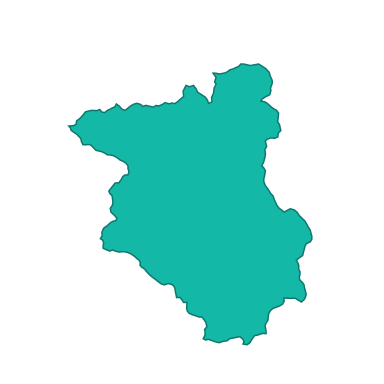 Monte Santo de Minas, Minas Gerais, Brazil (Albers equal-area conic projection), rotated 104°
{"feature_id": "56859067B96658900686758", "entity_name": "Monte Santo de Minas", "entity_type": "district", "adm_level": 2, "iso_a3": "BRA", "parent_name": "Brazil", "parent_adm1": "Minas Gerais", "projection": "albers", "projection_center": [-46.948, -21.205], "detail": "fine", "context": "isolated", "style": "filled", "palette": "teal", "viewbox_px": 384, "rotation_deg": 104, "n_neighbors": 0, "source": "geoboundaries", "source_scale": "gbopen_adm2", "svg_char_len": 3663}
<svg xmlns="http://www.w3.org/2000/svg" viewBox="0 0 384 384"><g transform="rotate(104 192 192)"><path d="M252.9,269.7L256.1,268.6L259.5,269.6L260.5,266.8L262.8,265.4L265.5,265.3L268.1,264.6L268.8,260.7L269.2,257.4L267.5,255.2L267.9,251.9L267.9,248.0L266.7,245.0L266.2,241.8L266.5,237.4L267.6,234.1L268.6,231.6L269.9,229.4L271.0,226.8L273.1,225.1L275.7,224.7L277.2,222.5L278.1,219.5L280.2,216.9L282.3,213.7L284.1,210.2L285.7,206.3L287.1,203.2L288.5,200.0L288.8,196.4L286.6,193.0L286.6,189.0L287.9,186.6L289.9,185.1L292.3,184.2L294.9,182.9L298.2,181.4L297.2,178.4L298.9,175.9L301.2,173.4L300.4,170.2L303.8,169.5L306.4,169.0L308.7,167.7L310.4,165.4L311.0,162.1L311.2,158.3L311.6,154.8L310.9,152.1L313.0,149.4L315.1,147.1L319.0,145.0L322.3,146.5L324.7,145.4L327.7,144.8L331.7,145.6L332.3,142.9L331.0,140.4L331.2,137.7L331.7,133.0L331.6,129.0L329.6,126.1L327.9,122.0L325.1,119.8L323.9,117.1L322.5,114.2L320.8,110.5L322.4,107.2L324.3,105.5L327.2,105.6L326.8,101.5L324.4,99.4L320.4,98.2L316.3,96.6L314.6,93.1L312.2,89.5L311.5,85.8L308.2,86.8L304.4,88.7L301.3,88.5L298.1,87.3L294.7,87.8L291.5,88.2L287.9,87.1L285.1,85.0L283.4,82.2L281.3,79.3L278.8,76.9L275.8,76.2L272.5,77.1L272.0,73.8L271.3,70.4L270.1,66.3L271.3,62.5L272.3,59.2L269.2,57.1L266.7,56.5L263.4,56.5L260.4,58.2L257.6,59.7L255.1,60.8L253.0,63.0L251.5,65.9L249.2,67.2L246.0,67.3L243.4,67.8L241.1,69.8L237.3,70.7L235.1,72.2L233.1,74.3L230.3,72.3L226.9,69.3L223.0,69.3L220.4,69.2L217.8,69.3L214.6,68.6L211.9,65.4L209.2,64.3L205.9,65.0L202.8,66.8L200.2,68.2L198.0,70.6L195.4,72.9L192.7,75.6L191.0,78.7L188.9,82.2L186.1,85.3L184.6,88.5L184.5,92.6L187.3,95.7L189.2,97.8L188.0,100.3L186.5,103.8L184.2,106.6L181.9,108.3L179.9,110.1L176.3,112.3L174.3,115.4L172.4,117.3L170.5,119.3L167.9,122.5L164.4,124.9L162.1,125.5L159.7,125.5L156.9,125.6L153.4,126.0L151.1,128.4L149.6,130.7L146.4,129.8L141.6,129.6L137.2,129.9L133.3,131.6L129.9,130.6L127.2,131.9L124.7,133.3L122.6,131.7L120.5,128.8L119.9,124.9L117.8,122.0L114.2,122.6L110.9,120.7L107.7,122.3L105.3,123.5L103.2,125.9L98.9,126.4L94.4,127.1L92.2,129.9L91.5,132.9L90.0,136.3L88.0,139.9L86.8,143.4L87.2,147.1L84.6,146.3L81.7,143.5L78.7,140.0L74.5,140.0L72.2,141.0L69.4,140.6L66.1,140.5L63.6,141.7L60.5,144.2L57.2,146.0L55.7,148.4L54.3,150.5L53.1,154.1L51.7,158.3L55.2,166.0L55.3,172.5L56.0,175.6L58.7,177.0L62.6,181.9L64.3,184.8L66.4,186.4L68.3,188.5L70.8,193.7L71.0,197.8L71.6,200.3L75.0,196.4L79.7,196.7L81.6,194.7L85.8,195.7L90.9,195.0L95.5,195.9L99.7,194.4L102.1,197.4L99.1,199.2L96.8,201.9L93.7,210.9L91.2,212.7L88.2,216.3L90.5,219.8L90.0,223.6L96.4,225.0L101.4,223.2L103.5,224.9L108.0,227.9L110.4,230.1L110.5,233.0L112.0,235.6L111.8,239.8L113.7,241.4L116.4,244.8L116.8,247.9L119.0,250.1L119.1,257.8L120.9,260.4L119.5,262.8L119.2,266.7L120.6,269.4L123.1,272.2L129.0,276.6L128.5,280.2L126.2,283.4L124.9,286.7L128.0,287.4L129.8,289.8L131.8,291.9L133.3,293.9L136.0,295.8L136.3,298.6L134.3,301.5L136.1,304.1L137.1,309.3L138.7,312.4L140.1,314.8L143.5,316.3L147.5,318.4L150.8,321.1L154.3,320.9L156.1,322.7L157.8,327.5L159.4,325.4L161.5,324.1L162.6,321.3L163.8,317.8L165.6,315.0L167.0,312.8L169.8,311.5L172.5,309.3L171.9,306.5L170.9,303.9L171.0,301.3L172.8,298.4L174.8,295.3L174.7,289.5L175.5,285.5L176.4,283.2L175.8,279.9L175.8,276.7L176.9,272.7L178.4,269.5L179.1,265.4L180.3,262.6L182.1,260.4L184.7,259.8L187.9,257.9L191.1,258.5L191.7,261.2L193.8,262.9L196.8,263.6L200.8,265.2L201.9,268.8L205.8,270.5L208.7,271.9L211.3,272.9L213.5,271.2L215.0,268.6L217.8,267.5L220.4,266.4L224.0,266.0L227.7,267.4L231.3,265.6L233.1,262.1L235.6,258.5L238.2,259.0L239.5,261.6L241.6,263.8L245.2,266.1L248.5,269.0L252.9,269.7Z" fill="#14b8a6" stroke="#0f766e" stroke-width="1.5"/></g></svg>